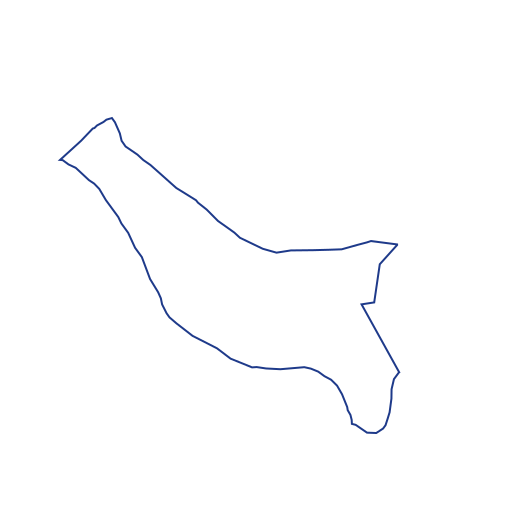 outline of Concepción Huista, Huehuetenango, Guatemala, rotated 222°
{"feature_id": "79465075B71807144537859", "entity_name": "Concepción Huista", "entity_type": "district", "adm_level": 2, "iso_a3": "GTM", "parent_name": "Guatemala", "parent_adm1": "Huehuetenango", "projection": "albers", "projection_center": [-91.641, 15.642], "detail": "fine", "context": "isolated", "style": "outline", "palette": "blue", "viewbox_px": 512, "rotation_deg": 222, "n_neighbors": 0, "source": "geoboundaries", "source_scale": "gbopen_adm2", "svg_char_len": 1192}
<svg xmlns="http://www.w3.org/2000/svg" viewBox="0 0 512 512"><g transform="rotate(222 256 256)"><path d="M465.9,196.3L463.8,197.9L456.6,198.6L448.9,200.9L430.8,200.6L424.8,201.5L417.4,201.0L405.0,197.1L384.4,192.8L377.8,190.1L366.5,187.7L351.4,181.2L340.1,178.8L319.3,168.0L304.5,163.6L298.4,160.9L293.4,157.2L284.1,153.6L279.2,152.5L270.2,152.7L249.7,154.2L223.2,161.3L206.2,162.7L184.4,170.6L181.2,173.9L173.2,179.2L162.1,188.2L145.7,205.7L139.9,209.0L132.4,211.7L124.7,212.5L117.4,214.3L109.0,213.9L99.5,210.8L87.2,204.8L84.7,202.8L79.5,201.1L75.2,198.2L72.4,195.4L69.0,197.2L55.3,199.0L48.2,204.9L46.1,212.8L46.5,216.9L49.4,223.4L52.1,229.2L59.9,240.6L66.1,247.7L71.1,256.8L71.9,265.1L71.8,265.4L145.2,290.7L137.1,300.6L158.5,332.7L158.5,359.1L158.2,359.5L180.6,344.0L182.7,340.3L188.0,332.2L196.8,318.3L205.9,309.5L217.5,298.5L233.8,283.5L243.0,272.2L255.8,265.9L280.1,258.8L287.8,258.9L307.7,256.6L323.7,257.5L334.8,256.8L337.9,257.3L360.8,253.2L395.3,253.0L404.0,251.9L412.0,252.0L426.2,250.1L433.0,251.7L439.2,256.0L450.3,261.0L455.4,262.1L458.4,257.2L459.0,253.6L461.5,246.6L461.7,243.0L462.6,241.5L463.1,224.5L465.9,196.3Z" fill="none" stroke="#1e3a8a" stroke-width="2"/></g></svg>